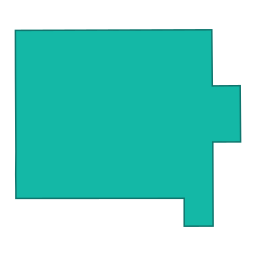 Van Wert, Ohio, United States of America (Mercator projection)
{"feature_id": "52423323B68690141030407", "entity_name": "Van Wert", "entity_type": "district", "adm_level": 2, "iso_a3": "USA", "parent_name": "United States of America", "parent_adm1": "Ohio", "projection": "mercator", "projection_center": [-84.608, 40.838], "detail": "fine", "context": "isolated", "style": "filled", "palette": "teal", "viewbox_px": 256, "rotation_deg": 0, "n_neighbors": 0, "source": "geoboundaries", "source_scale": "gbopen_adm2", "svg_char_len": 321}
<svg xmlns="http://www.w3.org/2000/svg" viewBox="0 0 256 256"><path d="M15.4,30.4L15.4,30.5L15.5,73.5L15.9,151.9L15.7,174.4L15.9,189.3L15.9,198.4L184.2,198.3L184.2,226.2L213.1,226.1L212.8,142.0L240.6,141.9L240.4,114.3L240.2,85.7L212.3,85.9L211.8,29.8L15.4,30.4Z" fill="#14b8a6" stroke="#0f766e" stroke-width="1.5"/></svg>